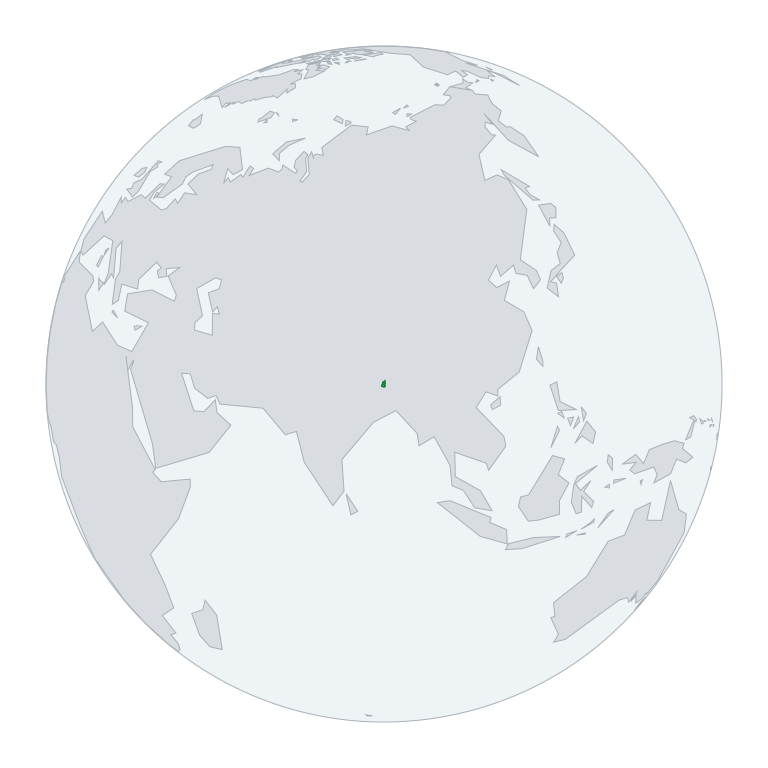 Wangdi Phodrang on an orthographic globe, rotated 349°
{"feature_id": "BTN-2487", "entity_name": "Wangdi Phodrang", "entity_type": "District", "adm_level": 1, "iso_a3": "BTN", "parent_name": "Bhutan", "parent_adm1": "", "projection": "orthographic", "projection_center": [90.204, 27.588], "detail": "medium", "context": "on_globe", "style": "filled", "palette": "green", "viewbox_px": 768, "rotation_deg": 349, "n_neighbors": 0, "source": "natural_earth", "source_scale": "10m", "svg_char_len": 12027}
<svg xmlns="http://www.w3.org/2000/svg" viewBox="0 0 768 768"><g transform="rotate(349 384 384)"><circle cx="384" cy="384" r="338" fill="#eef3f6" stroke="#a8b0b8"/><path d="M511.3,71.0L508.6,70.5L522.4,81.2L536.9,89.1L525.8,84.7L560.0,103.8L574.0,116.9L551.9,99.7L544.9,96.2L551.3,103.3L545.4,101.4L545.1,104.1L537.5,101.6L525.2,92.8L520.1,91.3L524.9,96.5L520.3,98.0L514.0,90.4L505.4,92.6L483.3,80.5L472.6,65.9L454.0,60.7L426.5,50.7L422.8,51.0L410.0,48.7L400.9,48.6L398.4,47.7L393.3,48.5L397.4,49.5L396.5,50.4L391.6,50.7L387.4,49.2L389.3,48.9L385.6,48.7L385.6,48.0L382.8,48.5L378.4,47.3L375.3,49.1L365.7,48.7L364.8,47.9L374.6,47.1L391.1,46.2L415.7,47.6L440.2,50.8L464.3,55.8L488.1,62.5L511.3,71.0ZM351.4,47.7L352.2,47.6L341.0,48.9L327.5,50.8L327.1,50.9L351.4,47.7ZM313.3,53.6L312.8,53.7L311.0,54.1L313.3,53.6ZM548.6,95.8L544.4,92.2L550.5,96.4L548.6,95.8ZM546.4,104.9L549.4,106.7L548.0,107.5L546.4,104.9ZM357.1,47.2L355.2,47.3L355.3,47.3L357.1,47.2ZM366.5,46.5L368.2,46.5L366.5,46.6L362.8,46.8L365.2,46.6L366.5,46.5ZM535.1,104.5L531.8,105.6L533.0,102.9L535.1,104.5ZM358.8,47.2L372.6,46.3L377.2,46.2L374.5,46.8L358.8,47.2ZM528.5,105.3L520.8,108.9L526.9,112.8L505.3,104.7L519.0,103.7L519.5,99.5L523.3,103.4L528.5,105.3ZM400.8,49.7L396.3,48.7L404.6,49.4L400.8,49.7ZM406.4,50.1L433.3,52.8L437.5,55.1L427.7,53.4L436.8,56.8L425.6,56.5L418.1,54.6L417.6,53.0L413.7,54.2L406.4,50.1ZM494.6,100.0L490.9,99.9L492.4,98.4L494.6,100.0ZM396.8,50.8L401.9,50.9L405.9,52.8L396.5,53.1L398.2,52.3L396.8,50.8ZM444.7,58.2L446.0,60.0L437.3,60.2L436.6,61.0L425.7,56.8L444.7,58.2ZM394.8,52.0L391.6,53.3L385.2,52.8L392.1,51.0L394.8,52.0ZM410.9,53.3L412.4,54.3L408.5,53.8L410.9,53.3ZM360.6,52.9L366.6,52.3L369.2,53.1L360.6,52.9ZM390.8,53.8L393.0,54.0L394.7,54.4L391.4,55.2L390.8,53.8ZM420.3,57.4L416.4,57.3L424.4,59.1L418.1,59.8L412.0,57.0L412.0,58.5L410.1,58.8L407.2,56.3L420.3,57.4ZM393.1,57.5L383.1,55.0L371.4,55.6L368.8,54.7L388.1,54.0L393.1,57.5ZM401.6,56.9L395.7,57.0L395.5,55.6L399.3,54.7L401.6,56.9ZM416.2,61.4L427.3,61.1L428.2,61.8L416.2,61.4ZM389.7,57.8L392.2,58.5L389.0,58.0L389.7,57.8ZM408.1,60.5L411.9,60.1L412.9,60.9L408.1,60.5ZM394.0,60.3L390.8,59.3L393.3,58.6L394.0,60.3ZM400.5,60.6L401.0,61.7L396.1,58.8L402.1,60.2L400.5,60.6ZM408.4,61.3L410.3,61.6L406.7,61.3L408.4,61.3ZM386.3,64.2L379.7,60.8L385.2,58.9L391.0,62.4L386.3,64.2ZM89.1,219.0L111.4,195.4L108.0,206.2L118.9,222.4L118.6,227.8L107.5,240.3L107.8,276.8L119.6,269.4L129.6,294.9L142.6,304.1L164.5,278.9L143.4,263.0L149.5,246.5L174.2,247.4L194.1,262.8L197.1,257.0L192.7,236.8L205.6,230.7L192.1,229.2L191.4,236.9L183.0,236.6L183.1,229.7L187.6,227.5L184.0,221.1L163.2,234.5L160.3,243.8L145.6,236.0L139.3,251.1L132.4,254.0L140.4,229.8L146.0,223.4L154.1,194.0L146.9,199.7L138.8,228.3L137.6,223.9L127.8,233.5L134.4,222.7L145.2,191.5L137.5,185.2L113.2,200.0L111.7,195.9L117.1,184.5L140.4,160.6L141.1,172.7L149.4,165.9L161.7,150.4L160.8,155.9L165.9,151.6L167.4,156.1L181.7,151.9L185.0,156.0L202.4,144.8L206.5,145.8L195.1,151.8L188.9,158.8L198.6,170.7L204.0,170.2L214.5,162.4L215.9,167.3L224.8,158.3L236.2,162.4L229.8,150.3L242.0,142.4L255.3,140.4L258.2,136.0L236.6,139.5L228.9,143.0L224.2,149.3L202.6,159.0L196.7,157.2L215.0,140.0L208.7,136.2L225.8,125.8L273.8,120.5L287.7,124.2L286.0,146.6L276.0,149.7L271.6,142.9L264.8,156.5L270.5,151.8L271.7,156.4L283.6,151.1L285.0,154.1L294.1,144.4L297.1,147.6L291.3,153.7L311.5,150.0L321.0,155.8L324.9,153.6L326.4,149.7L337.4,160.4L339.8,158.4L337.1,154.0L340.2,147.4L349.9,140.4L353.1,144.4L350.1,147.5L348.6,160.7L340.0,169.2L342.3,170.2L350.6,164.0L352.4,147.7L357.3,142.3L357.9,149.6L358.0,146.5L361.5,145.2L368.0,148.0L368.0,140.0L401.6,123.7L417.5,128.6L414.3,136.1L441.2,132.2L457.1,140.0L454.6,135.7L465.8,132.2L461.0,129.5L460.6,127.3L487.3,119.6L496.0,121.7L504.7,115.5L503.4,113.5L497.4,111.4L505.3,104.7L526.9,112.8L528.7,116.7L541.0,120.1L543.4,128.9L551.1,138.4L546.5,147.5L553.0,155.0L557.1,155.6L568.9,167.1L579.1,190.3L552.8,168.8L533.9,137.8L540.1,149.6L533.3,146.5L532.2,150.8L537.0,159.8L540.9,161.0L521.0,176.7L521.8,203.5L534.8,200.3L545.2,207.3L557.5,239.8L541.5,288.1L555.3,301.7L557.6,311.5L549.0,318.9L545.3,304.6L534.6,300.6L533.9,292.0L518.9,300.5L517.1,288.6L506.3,301.9L512.9,310.9L526.8,307.0L518.1,324.9L535.1,339.9L539.5,359.9L519.0,398.0L494.6,411.1L493.6,417.6L482.7,411.2L469.9,424.6L491.7,458.3L491.7,468.3L470.2,488.7L469.4,481.4L440.5,464.5L436.3,488.5L458.3,507.1L465.9,529.0L449.5,522.9L441.6,503.5L431.4,496.9L433.3,476.3L423.2,445.4L406.6,451.3L407.1,438.7L390.6,412.4L366.3,419.6L328.2,450.2L324.3,481.6L310.6,493.7L290.8,445.6L289.0,413.9L277.4,414.9L260.7,384.7L219.1,372.4L217.1,363.2L208.4,364.5L197.3,352.0L195.8,337.1L187.3,334.7L192.2,374.1L201.9,376.9L215.4,367.3L214.6,380.2L225.8,395.2L199.2,417.8L143.9,423.2L145.3,398.7L138.0,321.2L142.0,314.9L142.3,314.1L142.6,312.5L135.0,322.0L136.0,307.3L132.7,358.4L129.2,378.2L143.1,424.2L140.1,426.6L146.6,437.4L175.6,440.4L174.3,448.0L156.5,477.1L122.3,506.6L130.7,539.3L134.9,563.5L122.2,569.0L132.2,588.8L126.9,589.5L132.4,599.5L133.1,605.6L131.1,607.3L122.4,597.9L104.3,573.7L88.5,548.0L66.7,499.7L62.5,482.0L58.5,463.5L49.9,413.2L51.3,394.0L50.8,381.6L48.7,377.2L49.0,362.5L48.4,358.1L47.9,348.5L51.9,321.5L58.1,294.8L66.4,268.7L76.7,243.4L89.1,219.0ZM91.5,218.4L88.3,223.6L91.5,218.4ZM208.3,294.9L224.7,303.4L229.2,282.1L235.9,284.0L235.0,276.4L229.5,280.6L228.9,260.9L240.3,259.1L244.4,250.8L239.1,247.6L218.3,254.5L218.9,282.2L210.1,287.8L208.3,294.9ZM192.6,126.2L189.1,130.7L182.6,134.1L178.4,131.5L187.8,126.2L192.6,126.2ZM185.6,136.7L205.0,121.8L208.4,123.7L203.2,125.0L203.5,127.7L195.2,130.7L179.5,148.1L172.7,152.4L168.7,143.6L173.7,143.7L176.9,138.8L185.6,136.7ZM248.6,88.6L257.1,84.4L253.4,93.6L246.0,96.6L241.3,93.4L247.4,88.1L248.6,88.6ZM351.4,49.3L354.8,48.7L356.0,48.9L354.0,49.6L351.4,49.3ZM363.2,52.6L337.4,52.8L340.1,51.9L321.8,54.3L321.7,53.1L333.5,51.3L319.7,52.8L330.4,50.8L320.3,52.3L346.7,48.6L355.7,47.6L345.7,49.0L345.5,50.0L348.2,50.1L362.4,50.1L381.8,49.4L384.7,51.0L381.7,52.4L377.5,52.8L376.9,51.5L371.7,53.0L367.6,51.5L363.2,52.6ZM344.1,79.8L345.2,76.0L334.0,82.9L329.9,79.7L328.9,80.7L322.0,79.9L311.9,80.9L311.5,79.1L307.7,80.4L303.1,80.2L297.8,81.5L295.2,79.0L288.5,80.5L291.0,78.6L280.2,82.0L287.1,78.4L281.8,78.5L277.9,81.9L276.5,69.8L270.6,68.9L262.0,70.6L274.9,65.4L291.2,61.0L307.3,58.7L311.1,60.9L316.3,58.7L319.6,59.2L314.2,60.8L324.6,58.9L325.9,59.9L340.2,60.5L354.4,58.2L360.0,58.8L355.1,60.3L364.1,59.9L358.6,63.3L362.5,64.0L360.9,68.5L349.2,71.7L354.4,72.3L353.5,76.3L344.1,79.8ZM385.5,65.4L372.4,69.0L363.7,69.2L370.0,61.4L367.3,60.3L371.0,56.3L383.6,56.2L381.3,57.3L382.1,58.4L377.9,57.9L381.8,59.1L378.9,60.8L381.1,62.4L376.3,63.0L385.5,65.4ZM124.3,225.5L125.2,228.3L128.0,231.1L121.9,237.6L124.3,225.5ZM131.2,204.1L132.9,205.1L125.6,214.7L124.7,212.2L131.2,204.1ZM140.1,198.0L133.6,204.4L136.5,199.4L140.1,198.0ZM197.3,152.7L199.8,153.8L197.6,156.0L193.4,157.8L197.3,152.7ZM310.2,102.8L312.2,99.8L314.5,99.6L324.3,94.4L328.1,96.8L323.7,101.0L310.2,102.8ZM157.4,281.1L150.0,283.8L149.7,279.7L152.3,279.6L157.4,281.1ZM132.3,259.9L135.1,268.3L130.7,261.6L132.3,259.9ZM316.0,104.6L319.6,102.0L319.3,104.9L316.0,104.6ZM331.4,98.4L332.1,101.4L329.7,96.5L331.4,98.4ZM303.0,705.1L309.5,707.6L304.2,706.7L303.0,705.1ZM175.6,578.8L174.6,613.9L163.1,608.8L155.1,595.5L151.5,572.5L163.1,571.1L167.1,562.0L175.6,578.8ZM544.3,569.0L553.3,568.6L552.8,569.9L544.3,569.0ZM535.1,566.1L545.5,564.7L533.1,569.3L535.1,566.1ZM549.6,564.2L560.1,559.6L564.7,556.5L563.8,559.5L549.6,564.2ZM527.9,567.3L487.9,571.9L471.7,569.7L475.8,564.5L501.9,563.3L527.9,567.3ZM474.5,564.5L449.5,552.0L413.8,510.6L426.6,511.2L463.7,535.5L461.4,540.0L476.5,550.3L474.5,564.5ZM534.0,532.0L531.5,545.3L509.6,547.1L499.5,546.2L492.6,530.0L496.5,521.0L504.8,520.4L535.9,486.4L547.0,492.1L537.7,506.2L546.7,516.4L534.0,532.0ZM325.9,484.7L334.0,503.9L326.5,506.2L325.9,484.7ZM547.5,463.1L535.6,478.4L546.2,458.7L547.5,463.1ZM553.2,444.9L554.4,451.7L548.9,445.9L553.2,444.9ZM494.2,427.3L485.4,429.7L484.7,424.7L495.6,418.8L494.2,427.3ZM542.7,376.9L544.3,391.7L543.3,396.9L538.4,388.7L542.7,376.9ZM353.8,127.6L335.9,131.7L325.6,137.5L323.8,144.8L318.7,136.8L334.6,127.8L353.8,127.6ZM395.3,123.5L396.9,118.0L401.3,119.9L401.6,121.4L395.3,123.5ZM392.7,120.5L385.0,115.0L389.1,111.7L394.4,116.6L392.7,120.5ZM349.9,108.2L344.3,109.0L344.7,106.5L349.9,108.2ZM586.7,654.0L592.7,648.1L600.9,642.6L592.2,650.0L586.7,654.0ZM573.5,641.0L513.1,669.3L501.3,669.8L507.5,663.0L503.2,645.1L507.4,644.8L508.7,631.1L546.2,611.6L574.1,581.1L591.3,578.2L606.5,555.6L623.0,551.4L616.0,567.8L630.6,570.9L646.8,533.5L649.5,563.7L656.0,569.3L650.4,587.0L615.9,628.5L601.9,640.4L602.0,639.1L595.4,644.4L589.2,647.0L591.3,639.6L584.6,644.7L593.5,635.3L582.7,644.8L582.0,640.1L573.5,641.0ZM688.8,527.9L689.6,527.1L688.8,529.8L687.7,531.6L688.8,527.9ZM700.7,499.8L700.6,501.0L699.9,502.5L700.7,499.8ZM700.5,499.8L702.0,495.4L701.0,499.0L700.5,499.8ZM698.8,489.0L699.9,486.3L700.0,487.3L698.8,489.0ZM566.4,566.0L579.3,553.6L585.8,551.2L566.4,566.0ZM698.1,486.4L695.9,488.3L696.4,486.2L698.1,486.4ZM698.9,481.8L698.9,479.3L699.5,484.3L698.9,481.8ZM695.1,479.9L697.4,482.1L694.7,480.8L695.1,479.9ZM693.3,482.1L691.2,481.8L691.5,480.8L693.3,482.1ZM664.7,504.2L673.1,514.8L665.2,519.0L656.8,513.7L648.3,526.7L630.1,532.6L634.9,525.1L632.9,517.0L612.9,520.0L608.9,515.3L616.4,509.0L602.6,508.2L617.8,501.1L623.6,511.6L632.0,499.1L645.6,496.4L658.1,495.1L667.2,499.5L664.7,504.2ZM617.0,528.1L619.5,527.3L617.1,531.7L617.0,528.1ZM687.3,478.4L690.3,481.8L689.7,483.6L688.2,483.9L687.3,478.4ZM669.5,496.2L679.7,480.6L681.9,479.5L675.0,494.6L669.5,496.2ZM677.7,475.4L682.0,474.2L684.0,478.5L683.0,480.6L677.7,475.4ZM586.1,525.5L585.4,529.0L581.3,527.4L586.1,525.5ZM591.5,522.1L603.5,522.7L590.3,525.3L591.5,522.1ZM552.9,518.3L556.6,525.8L568.7,518.3L559.5,527.6L567.3,539.3L564.3,544.9L556.7,532.1L553.3,547.4L547.9,548.1L545.4,535.9L551.0,519.2L556.4,511.7L577.9,504.7L552.9,518.3ZM591.5,512.2L588.3,503.4L590.6,496.3L594.2,500.6L591.5,512.2ZM577.8,482.2L568.3,472.6L560.2,478.6L576.0,459.2L582.6,471.6L577.8,482.2ZM568.9,458.5L561.4,464.0L568.7,453.1L568.9,458.5ZM559.1,460.5L557.7,452.6L563.9,452.6L559.1,460.5ZM572.9,458.1L573.3,444.1L577.0,451.5L572.9,458.1ZM553.5,434.9L567.9,445.8L550.1,443.3L546.7,416.8L554.0,414.9L553.5,434.9ZM577.2,318.8L573.9,311.5L579.8,308.4L580.4,314.2L577.2,318.8ZM595.8,293.8L580.3,305.2L567.2,315.4L572.6,317.9L572.0,331.6L562.5,320.9L569.7,304.5L580.1,299.3L579.0,288.1L585.0,279.0L579.7,266.2L581.5,259.7L589.5,270.0L595.8,293.8ZM577.0,260.9L569.9,238.0L582.1,238.5L586.4,243.6L584.5,253.6L578.2,252.7L577.0,260.9ZM571.7,232.9L565.5,232.0L542.0,202.1L540.1,196.1L564.5,217.8L559.9,218.4L563.5,226.0L571.7,232.9ZM493.4,102.0L491.1,100.1L495.0,101.3L493.4,102.0ZM457.7,126.0L457.9,123.2L462.4,124.2L457.7,126.0ZM460.8,116.2L455.6,116.9L459.7,114.4L460.8,116.2ZM444.3,119.2L452.9,116.4L446.6,121.6L444.3,119.2Z" fill="#d9dde1" stroke="#a8b0b8" stroke-width="1"/><path d="M383.7,386.6L383.3,386.4L383.2,386.5L383.2,386.9L382.8,386.7L382.6,386.6L382.3,386.2L382.1,386.0L382.0,385.9L381.8,385.9L381.7,385.9L381.4,385.9L381.4,385.6L381.4,385.4L381.6,385.1L381.6,384.9L381.9,384.7L382.0,384.5L382.0,384.4L382.5,384.3L382.6,384.2L382.8,384.0L382.9,383.8L383.0,383.8L383.1,383.7L382.9,383.4L382.7,383.4L382.7,383.2L382.8,383.2L383.0,382.9L382.9,382.7L383.0,382.5L383.4,382.4L383.7,381.9L383.7,381.7L383.8,381.7L384.0,381.7L384.1,381.8L384.3,382.1L384.5,382.1L384.8,382.1L384.7,382.0L384.7,381.9L384.7,381.7L384.8,381.7L385.0,381.5L385.1,381.4L385.1,381.2L385.4,381.1L385.3,381.3L385.2,381.4L385.3,381.6L385.2,381.8L385.3,382.0L385.5,382.1L385.5,382.3L385.4,382.6L385.4,382.9L385.4,383.0L385.3,383.3L385.2,383.4L385.0,383.5L384.9,383.5L384.7,383.5L384.4,383.8L384.5,384.1L384.6,384.3L384.8,384.4L384.7,384.5L384.4,384.7L384.2,384.7L384.3,384.9L384.3,385.1L384.5,385.3L384.5,385.5L384.7,385.9L384.8,385.9L384.8,386.0L384.7,386.2L384.6,386.4L384.6,386.5L384.4,386.5L384.2,386.7L383.9,386.5L383.7,386.6Z" fill="#22c55e" stroke="#15803d" stroke-width="1.5"/></g></svg>